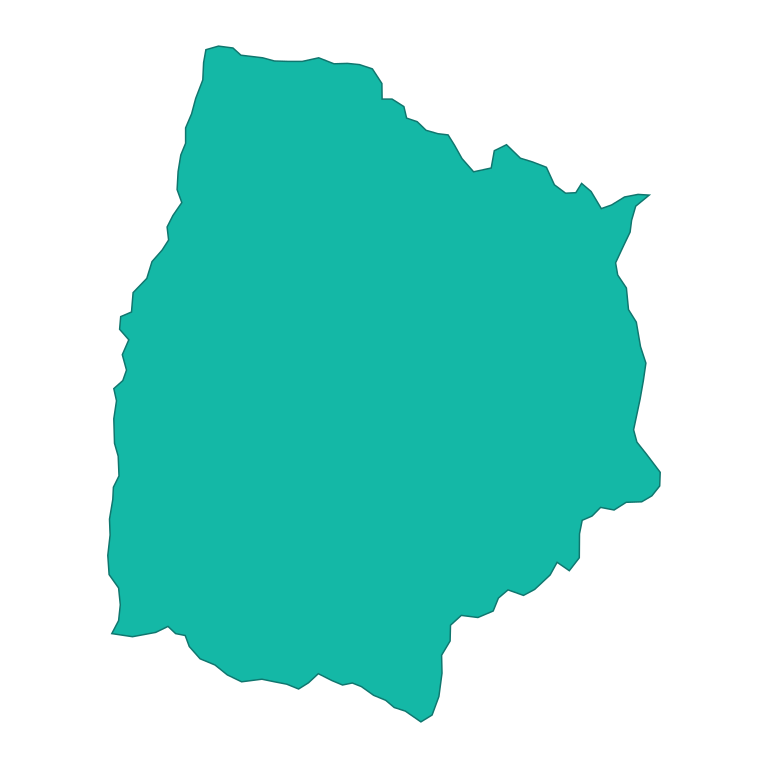 outline of Oscar Bressane, São Paulo, Brazil
{"feature_id": "56859067B66213381636200", "entity_name": "Oscar Bressane", "entity_type": "district", "adm_level": 2, "iso_a3": "BRA", "parent_name": "Brazil", "parent_adm1": "São Paulo", "projection": "robinson", "projection_center": [-50.254, -22.295], "detail": "fine", "context": "isolated", "style": "filled", "palette": "teal", "viewbox_px": 768, "rotation_deg": 0, "n_neighbors": 0, "source": "geoboundaries", "source_scale": "gbopen_adm2", "svg_char_len": 1924}
<svg xmlns="http://www.w3.org/2000/svg" viewBox="0 0 768 768"><path d="M649.2,195.1L638.0,194.4L624.5,197.0L611.5,205.0L601.3,208.6L591.1,191.5L581.6,183.4L575.8,192.7L565.6,193.2L554.4,184.8L546.4,167.3L532.7,162.0L520.4,158.2L506.5,144.7L494.3,150.7L491.2,168.0L473.6,171.8L462.0,158.6L454.5,145.2L448.1,134.9L437.9,133.7L426.1,130.3L417.2,121.7L406.6,118.1L403.9,106.6L392.1,99.1L382.1,99.1L381.9,83.5L372.4,68.9L359.5,64.6L347.5,63.4L334.0,63.8L318.7,57.8L302.3,61.4L287.8,61.4L274.5,61.0L262.7,57.8L252.7,56.6L240.9,55.2L233.0,48.0L218.5,46.1L205.9,49.7L203.6,62.6L202.8,79.9L195.7,98.4L191.6,113.8L185.6,127.9L185.6,143.3L180.8,155.0L178.1,171.6L177.1,189.6L181.8,202.6L172.9,215.5L167.1,227.0L168.6,240.0L162.1,250.1L152.0,261.6L146.8,278.4L133.1,292.6L131.5,312.0L120.7,316.6L119.6,329.3L128.8,339.8L122.3,354.7L126.5,370.1L122.8,380.6L113.8,388.6L116.5,400.8L113.8,418.8L114.5,443.3L118.2,456.2L119.0,475.9L113.4,487.2L112.8,499.4L109.5,519.1L110.1,535.0L107.8,555.4L109.1,574.6L118.6,588.0L120.3,604.8L118.6,620.6L111.8,633.6L132.5,636.7L155.7,632.4L168.0,626.4L175.6,633.6L185.2,635.5L189.3,646.6L200.1,658.8L215.0,665.0L227.3,674.9L241.6,681.8L261.9,679.2L274.5,681.8L286.8,684.2L298.6,689.0L308.5,682.8L318.3,673.7L332.0,680.6L342.5,685.0L352.3,683.0L361.4,686.6L373.6,695.3L385.7,700.3L394.2,707.5L405.3,711.1L420.9,721.9L432.1,715.0L438.9,696.5L442.0,673.2L441.6,655.2L450.1,641.0L450.5,625.2L461.3,615.4L477.9,617.5L493.2,611.0L498.4,598.1L508.0,589.9L523.5,595.4L534.7,589.4L550.1,575.0L557.1,562.3L569.3,570.7L579.3,557.8L579.5,533.8L582.2,520.3L592.1,516.0L600.6,507.4L614.1,510.0L626.2,502.3L641.7,501.8L651.9,495.8L659.7,486.0L660.2,472.3L647.1,455.0L636.9,442.1L633.6,429.8L640.1,399.1L643.4,380.4L645.9,363.1L640.5,346.6L636.3,322.1L628.5,309.6L626.4,288.0L617.7,275.0L615.6,262.8L624.1,244.6L630.1,232.1L631.6,220.3L635.7,206.2L649.2,195.1Z" fill="#14b8a6" stroke="#0f766e" stroke-width="1.5"/></svg>